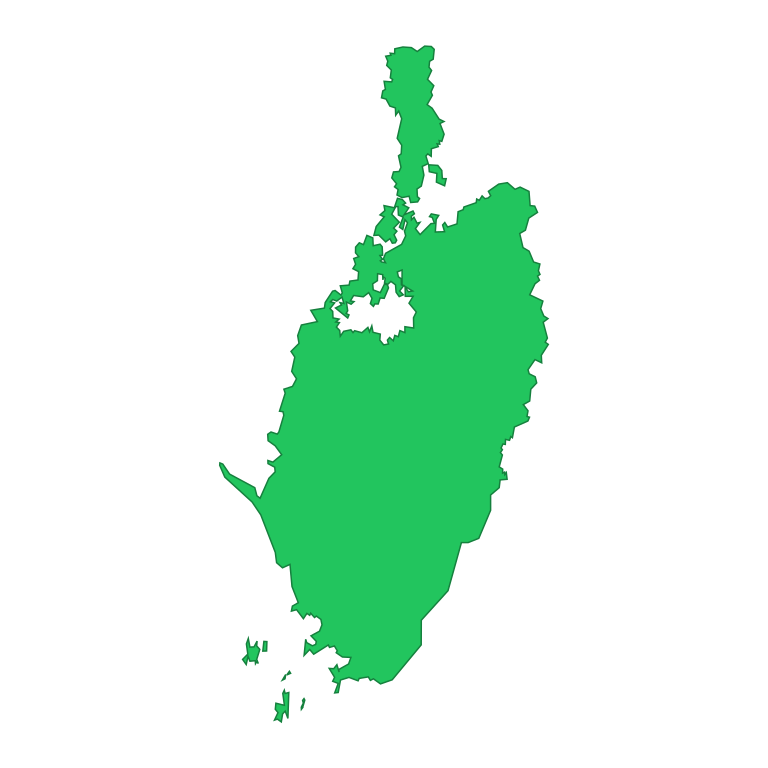 Las Palmas, Veraguas, Panama
{"feature_id": "35544464B23901142884801", "entity_name": "Las Palmas", "entity_type": "district", "adm_level": 2, "iso_a3": "PAN", "parent_name": "Panama", "parent_adm1": "Veraguas", "projection": "natural_earth1", "projection_center": [-81.526, 8.102], "detail": "fine", "context": "isolated", "style": "filled", "palette": "green", "viewbox_px": 768, "rotation_deg": 0, "n_neighbors": 0, "source": "geoboundaries", "source_scale": "gbopen_adm2", "svg_char_len": 6113}
<svg xmlns="http://www.w3.org/2000/svg" viewBox="0 0 768 768"><path d="M268.0,463.6L274.7,467.2L275.2,471.8L268.9,478.3L260.1,498.2L256.9,495.8L254.8,487.7L229.6,474.1L222.8,464.1L219.9,462.9L219.7,465.3L224.8,477.1L252.1,502.0L260.8,514.9L275.3,552.4L276.6,562.7L282.5,567.8L290.0,564.4L292.0,586.5L298.3,602.7L292.4,606.1L291.4,611.1L296.6,609.7L303.4,618.7L306.9,613.4L309.7,615.3L310.7,613.2L314.5,617.5L316.4,616.1L320.9,619.4L322.0,624.8L319.5,631.2L311.0,635.8L316.3,641.4L315.7,644.4L312.4,645.8L306.7,642.6L305.7,639.3L304.1,655.4L309.7,649.5L313.7,654.2L328.3,645.0L329.5,647.4L334.4,646.0L337.3,650.8L336.2,652.7L342.4,657.0L350.9,657.4L348.6,664.0L338.6,669.6L339.1,672.1L336.9,664.7L333.7,668.7L329.2,668.4L334.6,677.3L332.7,681.3L338.2,683.4L334.7,692.9L338.2,692.5L340.5,680.0L349.0,677.4L358.1,680.8L359.2,678.4L368.3,676.9L370.4,680.4L373.4,678.8L380.5,683.9L392.2,679.8L421.2,644.9L421.3,620.2L448.0,590.7L461.4,542.6L468.1,542.6L478.8,538.3L490.6,510.3L490.6,495.0L499.2,487.7L500.1,479.9L507.1,479.3L506.3,472.6L504.8,474.6L504.6,472.1L502.6,473.1L502.7,469.1L499.2,466.9L502.4,455.0L500.4,452.6L502.4,449.7L501.1,448.0L502.9,444.0L505.3,444.4L505.5,439.4L509.5,440.3L510.8,436.5L512.4,437.7L514.4,427.0L527.9,421.0L529.5,417.2L527.0,416.5L528.0,410.8L523.3,404.6L529.7,401.0L530.8,389.2L536.7,382.9L535.2,376.8L529.2,373.8L528.0,369.7L535.0,359.6L541.7,362.8L541.3,355.3L548.3,344.4L545.2,342.2L547.4,338.1L543.2,322.2L548.0,318.6L543.8,316.0L540.7,308.6L542.9,301.1L529.7,294.8L535.0,283.8L539.5,280.3L537.5,276.1L540.0,274.4L538.4,270.8L539.9,264.0L533.6,262.0L529.1,251.2L523.0,247.6L519.7,233.5L525.4,230.2L528.8,218.1L537.5,212.4L534.7,206.1L530.1,205.6L529.0,191.4L520.1,187.1L515.0,189.3L507.4,182.7L498.7,184.1L488.4,191.3L490.7,195.7L488.1,198.0L484.9,198.7L482.1,195.9L479.3,200.3L476.7,199.0L476.2,202.7L463.9,207.0L463.2,209.7L458.1,211.7L457.0,223.9L447.6,227.0L444.8,222.5L442.6,225.0L444.6,231.7L435.3,232.0L436.2,219.4L438.7,215.4L431.3,213.9L429.5,216.6L432.2,217.4L434.5,223.3L431.0,223.6L420.1,234.6L415.4,228.7L419.9,222.4L417.0,223.1L414.0,217.3L411.4,219.9L411.3,216.2L414.4,213.8L413.0,211.0L404.1,214.8L408.8,207.8L402.9,204.8L405.6,203.1L402.4,199.6L397.5,198.3L394.7,206.6L398.0,206.6L398.4,215.0L403.2,217.1L399.4,227.1L402.8,229.5L405.0,219.7L407.5,222.8L404.5,231.2L405.7,235.9L401.6,244.4L385.6,253.3L383.4,258.8L385.5,262.7L381.6,262.0L380.3,260.8L382.5,259.4L379.9,255.5L382.6,255.2L382.2,246.8L380.1,244.2L373.2,245.7L372.8,237.9L366.9,235.4L363.5,244.6L359.3,242.8L355.6,247.1L355.5,252.8L358.8,256.7L353.7,258.5L355.6,264.3L352.9,268.7L358.6,271.6L358.0,280.0L349.9,281.1L349.1,285.1L340.3,285.8L342.3,292.9L341.0,295.1L335.1,290.5L332.6,291.2L325.2,302.5L324.4,308.1L310.8,310.3L317.4,321.6L301.4,325.0L297.7,335.6L299.0,343.4L291.0,351.4L294.8,357.1L291.7,371.4L296.5,378.8L292.5,386.4L283.9,389.2L285.2,393.2L279.5,411.2L283.0,411.7L283.8,415.3L278.9,431.9L277.3,434.1L271.0,432.0L267.7,434.3L268.1,440.7L275.2,445.8L281.7,454.7L272.9,462.1L267.9,460.5L268.0,463.6ZM335.5,308.0L347.7,318.0L349.0,314.9L346.1,313.5L347.7,310.8L346.4,302.0L351.1,304.2L354.0,301.6L350.4,300.9L353.6,295.5L363.3,296.8L368.7,292.6L372.0,298.3L370.4,303.6L373.4,306.4L374.8,303.9L378.2,304.0L380.1,298.0L384.2,298.3L388.5,287.9L387.5,284.9L384.5,284.0L380.3,292.6L373.2,289.9L372.7,283.8L377.4,280.7L377.6,273.7L382.7,274.6L382.9,279.9L383.4,276.9L385.2,278.3L384.5,283.0L387.8,284.3L390.9,281.4L395.5,284.8L396.1,292.2L399.2,296.6L403.3,294.8L399.6,291.0L403.4,286.0L401.4,284.9L401.3,278.8L398.4,276.8L397.3,271.9L402.1,270.0L402.0,284.6L412.6,291.0L408.4,291.8L405.1,287.0L405.3,296.3L413.1,296.3L409.0,303.2L416.3,312.0L413.5,317.7L413.7,328.0L404.9,326.7L404.9,332.6L399.9,330.6L398.3,336.7L394.8,335.4L393.3,340.8L389.6,337.5L387.4,340.1L388.5,344.0L383.7,344.9L379.8,340.1L380.3,334.1L373.0,332.3L371.8,325.9L369.5,331.8L367.9,327.4L361.9,332.7L354.6,330.7L353.0,332.6L350.9,329.8L343.7,331.3L340.3,336.2L339.7,330.5L336.4,327.1L339.4,322.6L335.8,322.0L339.1,319.1L333.0,317.9L332.7,311.4L330.0,308.6L334.6,302.9L330.4,301.8L332.8,299.5L336.7,301.1L342.0,297.1L343.9,303.5L340.0,302.6L341.5,305.0L335.5,308.0ZM393.5,171.9L391.8,177.9L396.6,183.8L394.5,186.8L398.1,189.5L397.0,195.0L402.0,197.6L409.1,196.2L410.7,202.5L417.6,201.9L419.6,198.5L417.4,196.7L417.0,189.0L421.3,186.1L423.9,175.1L422.3,166.4L428.2,163.6L425.9,156.0L427.7,153.9L431.2,156.3L431.4,148.7L438.3,146.6L437.1,143.8L439.8,144.2L439.2,140.6L441.8,141.4L444.1,134.2L440.0,123.5L444.0,121.5L439.1,119.1L432.1,108.2L427.1,104.6L432.4,95.3L431.0,92.0L433.8,85.7L427.5,79.3L431.6,70.5L429.0,67.2L429.6,61.3L433.2,59.2L434.2,49.3L431.3,46.5L424.7,46.1L417.2,51.5L411.4,47.6L402.9,47.0L394.8,48.8L394.6,53.7L390.2,53.2L390.9,55.3L385.7,56.2L387.8,61.2L386.7,65.4L391.3,70.0L390.3,77.8L392.6,79.4L391.7,81.9L384.1,81.3L385.4,89.4L382.8,90.9L381.5,97.8L386.1,99.1L389.9,106.1L395.4,107.9L395.7,115.2L398.7,111.0L401.7,118.7L397.2,138.3L401.7,145.2L401.2,153.8L398.5,155.8L401.0,167.3L399.1,171.5L393.5,171.9ZM373.9,235.4L378.8,235.1L385.7,241.9L389.9,238.7L392.3,243.2L395.3,242.8L396.7,240.2L394.0,234.7L396.9,231.2L393.6,228.1L399.3,222.2L391.7,214.2L395.1,207.9L384.0,205.6L384.9,210.6L380.0,214.9L384.2,216.8L376.2,226.5L373.9,235.4ZM285.1,693.5L284.3,690.2L282.8,693.4L284.4,705.3L275.9,703.2L275.3,709.3L278.0,712.6L274.5,720.1L277.4,719.1L281.3,721.9L282.6,713.9L285.2,711.1L287.9,718.4L288.8,692.5L285.1,693.5ZM249.9,647.1L248.3,638.5L246.4,643.9L247.8,654.1L242.6,659.4L246.2,664.5L248.0,656.2L249.9,661.2L255.2,660.7L255.5,663.7L256.8,661.7L258.3,663.5L256.7,659.4L259.8,649.4L256.7,645.9L257.1,641.1L254.0,646.9L249.9,647.1ZM444.6,185.8L446.2,178.7L442.3,178.6L441.8,170.5L437.8,165.4L428.7,164.8L429.3,171.7L436.9,173.4L436.4,182.1L444.6,185.8ZM266.9,641.6L263.9,641.4L262.8,651.1L266.6,651.0L266.9,641.6ZM285.0,678.8L285.7,674.5L282.4,680.1L285.0,678.8ZM303.6,704.2L304.8,700.1L304.0,698.6L302.6,700.4L303.6,704.2ZM289.4,671.3L287.2,674.4L287.3,674.7L290.6,673.3L289.4,671.3ZM301.4,709.3L302.9,707.3L302.4,705.0L301.3,707.2L301.4,709.3Z" fill="#22c55e" stroke="#15803d" stroke-width="1.5"/></svg>